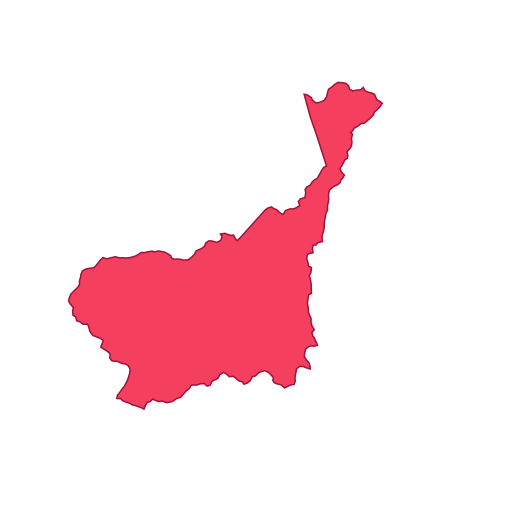 outline of Jaraguá do Sul, Santa Catarina, Brazil, rotated 43°
{"feature_id": "56859067B43014186257508", "entity_name": "Jaraguá do Sul", "entity_type": "district", "adm_level": 2, "iso_a3": "BRA", "parent_name": "Brazil", "parent_adm1": "Santa Catarina", "projection": "mercator", "projection_center": [-49.158, -26.432], "detail": "fine", "context": "isolated", "style": "filled", "palette": "rose", "viewbox_px": 512, "rotation_deg": 43, "n_neighbors": 0, "source": "geoboundaries", "source_scale": "gbopen_adm2", "svg_char_len": 4012}
<svg xmlns="http://www.w3.org/2000/svg" viewBox="0 0 512 512"><g transform="rotate(43 256 256)"><path d="M290.4,424.5L292.2,422.2L294.1,419.3L295.2,414.4L297.3,410.5L297.1,406.4L297.0,402.0L297.6,398.1L296.8,395.1L298.2,392.8L300.5,391.1L302.3,387.7L305.1,384.6L308.9,384.5L310.6,381.9L309.3,377.6L310.6,374.1L311.6,371.5L310.5,367.7L311.6,363.3L314.6,362.5L318.8,362.5L321.4,359.5L324.0,359.2L327.0,359.1L329.5,358.8L331.7,357.3L334.7,358.0L336.3,354.8L336.8,351.0L335.6,347.0L337.5,343.8L337.3,341.1L338.1,338.3L340.5,333.9L344.3,332.6L348.7,332.8L351.7,333.1L353.1,335.5L355.6,336.3L358.7,335.1L362.4,333.0L366.8,333.1L368.2,329.6L369.4,326.4L371.5,324.0L369.9,320.5L367.6,318.6L365.9,316.1L364.3,313.4L362.6,311.1L363.2,306.9L365.8,304.7L369.4,303.3L372.8,301.6L370.5,299.6L367.8,298.1L363.9,297.7L359.8,296.5L358.1,294.1L355.9,290.6L356.2,286.7L357.6,284.0L360.0,282.4L361.8,279.3L359.6,278.2L357.3,277.4L354.8,276.2L352.0,275.7L349.1,273.9L348.8,270.1L344.7,269.0L341.4,266.9L339.0,264.2L335.9,262.9L332.5,261.2L329.4,258.1L325.8,255.6L323.3,251.9L320.9,248.7L322.1,245.5L318.6,242.2L315.6,239.0L312.2,236.3L308.2,233.9L307.7,231.1L306.0,228.6L304.4,226.6L301.4,227.5L298.4,225.3L295.0,223.4L292.5,220.1L293.6,217.2L295.6,214.8L293.5,213.1L291.7,211.4L290.4,209.2L292.5,206.8L292.1,204.1L294.8,200.1L292.1,197.9L290.3,195.8L288.4,191.6L286.5,188.8L284.8,186.8L282.5,184.2L280.4,180.6L278.4,177.7L276.9,173.5L274.2,170.8L272.2,167.4L269.9,164.2L268.0,162.6L266.2,160.2L264.8,157.7L265.0,155.1L265.5,151.7L267.2,147.9L267.5,145.0L266.3,142.7L266.3,139.8L265.5,136.6L261.3,136.3L257.7,134.8L257.2,131.4L256.3,127.9L255.4,124.9L256.2,122.1L254.3,119.6L251.5,117.8L251.5,113.8L250.8,110.4L248.8,107.6L245.6,104.9L243.5,101.1L241.0,101.3L241.3,98.5L240.6,95.5L241.9,91.8L242.6,87.2L244.7,84.9L245.1,81.3L245.6,76.8L245.6,72.6L244.4,70.2L244.8,67.1L245.0,62.8L244.2,58.2L240.3,58.6L237.9,59.4L235.6,58.4L232.4,56.9L229.0,58.1L225.6,60.1L222.9,60.6L219.4,59.6L219.4,62.9L216.4,66.1L214.2,69.3L210.6,70.2L207.5,68.3L203.8,68.5L200.6,70.6L197.5,73.2L196.5,76.8L196.2,80.8L195.3,84.6L197.2,88.3L199.1,91.4L199.7,95.9L197.6,100.5L195.4,103.2L191.2,103.6L188.6,102.4L185.7,102.8L183.1,103.4L180.9,104.9L201.1,117.4L218.7,126.7L246.2,142.1L245.0,145.2L245.6,148.3L246.7,152.7L247.8,157.4L246.8,160.5L246.6,163.4L247.3,167.2L246.1,170.9L246.5,173.8L249.2,175.8L251.9,179.9L249.5,183.9L249.8,187.3L253.5,189.1L252.8,192.3L251.6,195.6L248.6,198.5L246.6,202.7L247.4,207.2L244.8,207.9L242.3,208.1L239.7,208.0L236.6,209.2L234.0,209.5L232.3,212.0L231.3,215.6L232.0,253.2L231.8,257.7L229.1,257.4L225.3,256.0L223.5,258.1L221.0,259.4L217.8,260.6L215.0,264.2L217.7,264.9L219.6,268.5L218.0,272.9L213.6,275.0L211.1,277.2L210.4,280.6L211.7,284.0L210.9,288.1L208.7,292.9L209.8,296.9L209.7,301.1L208.9,305.2L205.9,308.4L203.3,309.7L200.2,312.1L198.2,314.4L195.4,315.0L193.3,313.9L190.7,314.4L186.7,315.4L183.6,317.3L181.0,319.0L179.3,322.0L176.6,323.4L174.1,326.6L171.9,329.9L169.6,331.8L169.0,335.0L167.8,338.3L166.5,340.7L164.6,343.5L162.3,346.1L159.5,348.4L157.7,350.3L153.6,352.5L150.8,356.7L148.7,359.9L145.1,361.5L144.9,364.9L145.3,368.8L145.5,371.9L145.4,375.3L142.5,378.6L140.3,381.9L139.2,385.4L140.6,389.0L142.2,391.2L143.7,394.4L146.1,397.0L147.0,399.9L146.8,404.2L146.6,410.0L148.0,414.0L149.7,416.8L152.9,417.8L157.5,418.3L159.5,421.3L162.4,424.1L165.8,423.5L168.9,425.7L172.0,424.3L176.0,423.8L179.4,420.8L182.5,422.2L185.9,424.5L190.9,425.4L194.9,423.8L197.8,422.6L201.8,421.9L203.2,424.9L204.7,428.6L209.3,427.7L212.8,427.0L216.3,427.3L218.5,430.3L221.6,431.0L223.8,430.0L226.2,427.7L229.3,426.7L231.6,425.8L234.3,423.9L237.6,423.4L241.1,424.7L243.6,428.0L245.0,430.8L246.8,434.7L247.6,437.9L248.6,441.0L248.8,444.7L249.3,448.3L249.7,452.6L251.4,455.1L254.5,452.6L257.2,452.8L261.1,451.3L263.7,449.9L267.1,449.3L269.2,447.9L272.1,446.7L275.1,445.3L278.5,444.4L277.1,440.8L276.4,437.3L277.9,434.3L278.1,431.0L280.8,430.3L284.3,428.6L286.7,425.8L290.4,424.5Z" fill="#f43f5e" stroke="#9f1239" stroke-width="1.5"/></g></svg>